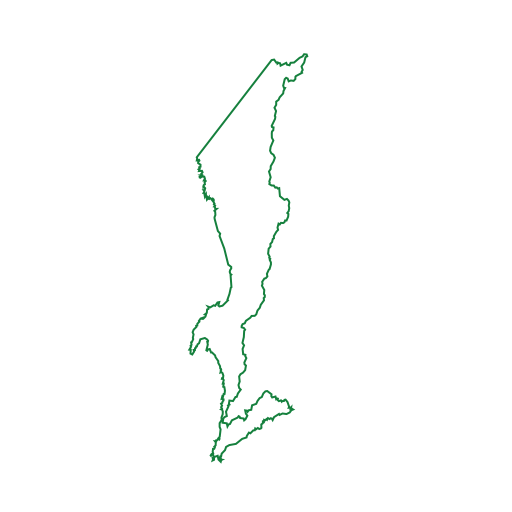 Juradó, Chocó, Colombia, rotated 22°
{"feature_id": "7082276B94755540005328", "entity_name": "Juradó", "entity_type": "district", "adm_level": 2, "iso_a3": "COL", "parent_name": "Colombia", "parent_adm1": "Chocó", "projection": "equal_earth", "projection_center": [-77.627, 7.074], "detail": "fine", "context": "isolated", "style": "outline", "palette": "green", "viewbox_px": 512, "rotation_deg": 22, "n_neighbors": 0, "source": "geoboundaries", "source_scale": "gbopen_adm2", "svg_char_len": 6127}
<svg xmlns="http://www.w3.org/2000/svg" viewBox="0 0 512 512"><g transform="rotate(22 256 256)"><path d="M347.9,384.4L345.5,384.0L345.3,383.2L344.9,384.3L344.6,383.6L343.2,384.4L343.2,383.4L339.9,379.6L337.2,378.1L336.3,378.7L336.2,380.0L334.6,380.7L334.4,381.4L333.2,380.5L331.6,382.0L329.8,381.3L329.7,380.1L328.5,380.2L328.2,381.0L326.7,379.0L324.0,381.1L322.7,380.2L322.2,378.4L317.0,377.0L315.4,378.0L314.3,380.7L314.2,384.6L312.6,386.4L311.7,389.8L311.6,393.0L308.3,395.9L309.2,400.4L307.1,401.7L306.6,403.5L305.8,402.7L303.8,403.2L305.7,406.0L307.8,407.3L307.4,411.3L306.6,412.8L305.4,411.3L302.0,412.2L301.0,411.1L299.9,411.0L299.5,412.7L295.2,417.4L294.8,421.5L293.7,422.4L293.4,424.7L291.6,422.1L287.5,423.1L286.6,419.0L287.1,417.2L288.9,415.3L286.5,411.6L286.8,405.8L286.0,405.1L287.1,403.7L286.2,403.0L285.5,400.0L289.0,399.1L289.8,394.4L290.9,393.8L290.7,390.2L291.9,385.6L289.9,384.7L288.1,382.2L287.9,378.5L285.5,374.0L285.9,371.4L287.6,369.1L288.7,365.9L287.7,361.3L286.0,360.7L285.1,359.1L285.3,354.3L283.6,352.9L283.2,351.6L280.9,351.9L278.4,347.2L278.4,343.3L276.0,341.7L275.1,335.8L273.1,329.9L273.5,328.4L271.7,327.3L269.4,327.5L268.9,326.3L269.1,324.2L270.8,322.6L270.9,319.9L273.8,315.4L274.4,313.2L277.2,312.0L278.1,310.0L277.8,306.0L278.9,302.6L278.7,299.4L280.0,294.1L278.9,292.1L279.5,290.8L278.9,289.1L277.6,288.3L276.4,284.4L272.6,281.3L272.5,279.4L271.4,277.6L272.2,273.8L273.4,272.9L274.2,270.7L272.8,268.4L273.0,263.8L273.5,263.1L273.0,258.2L272.2,256.3L270.1,254.4L270.3,253.3L268.9,252.7L268.9,251.5L266.4,249.4L265.0,244.5L265.9,241.8L264.8,239.5L265.7,237.0L265.2,234.0L266.0,232.9L265.1,230.9L265.8,225.9L266.7,223.5L265.3,221.6L264.8,217.6L266.2,217.9L266.7,215.9L268.8,215.3L269.7,214.1L269.7,212.1L271.0,211.7L271.1,207.6L270.3,204.9L268.9,204.4L269.5,202.3L268.9,199.2L267.5,197.0L266.8,193.8L265.4,192.4L263.3,191.5L261.3,193.3L255.8,191.6L252.1,184.4L250.9,185.3L249.5,184.6L248.3,185.4L246.1,184.0L244.0,184.8L241.4,184.3L241.2,182.8L240.4,181.9L240.1,177.5L236.4,172.8L237.0,169.9L236.0,167.2L236.8,161.9L236.7,157.8L234.3,155.6L231.6,155.0L229.6,153.1L228.7,149.4L228.8,142.4L226.4,140.4L224.6,136.2L224.2,134.5L224.9,133.0L224.1,130.2L222.5,130.4L221.8,129.5L222.3,121.8L221.8,119.7L221.0,119.1L220.3,114.1L217.6,111.6L218.1,108.3L216.9,105.3L218.4,102.8L218.5,100.0L220.3,95.1L219.7,92.7L220.0,89.4L219.0,89.7L217.4,87.9L216.4,81.3L217.2,79.5L218.9,79.6L220.9,81.8L222.6,80.2L225.3,79.5L226.2,77.2L225.4,75.0L225.7,74.1L230.1,68.9L229.3,68.3L229.6,66.0L227.2,63.2L228.2,58.6L227.4,53.1L228.7,51.6L227.5,50.2L225.0,50.9L224.4,53.5L222.2,55.9L218.8,62.4L215.7,63.9L215.6,66.6L213.1,67.0L211.7,65.6L207.5,70.3L206.2,68.3L204.6,68.5L203.9,69.6L203.3,68.5L202.4,69.1L199.2,67.1L197.1,68.5L164.1,186.7L164.9,187.5L165.3,189.5L167.2,188.2L167.8,188.8L167.1,190.3L167.6,191.6L170.3,192.1L171.1,194.0L170.1,195.0L171.0,195.9L170.3,197.1L171.3,197.3L171.3,198.6L174.0,197.3L175.1,198.4L174.5,200.3L175.7,201.1L175.0,201.5L175.4,201.5L175.1,203.1L174.0,203.6L174.4,204.3L175.1,204.3L176.5,201.9L176.8,202.4L178.3,201.8L179.6,203.3L179.4,205.4L180.6,204.8L181.3,205.3L180.7,206.9L181.8,208.7L181.0,209.8L181.1,211.2L181.5,212.0L181.8,211.3L183.5,212.2L183.7,213.9L182.8,214.5L183.9,214.9L183.8,216.8L184.9,216.0L184.4,217.0L186.4,220.1L186.6,217.9L187.4,219.7L188.4,219.1L189.2,219.8L188.7,220.9L189.4,222.1L190.3,219.3L191.1,221.5L191.3,219.7L192.1,219.4L195.5,221.3L195.8,220.1L193.5,218.6L195.4,219.4L195.9,219.9L196.4,221.8L197.9,223.0L197.6,223.8L199.2,224.6L198.8,225.8L199.4,225.7L200.6,227.6L201.8,227.1L200.5,229.7L201.6,230.3L203.0,233.2L203.0,235.6L203.7,237.0L211.3,247.1L214.4,248.7L214.7,251.1L223.8,261.0L233.5,274.4L237.1,275.4L237.7,276.8L237.3,278.8L237.6,280.6L238.9,282.2L240.1,282.5L239.7,283.5L244.9,294.1L244.5,294.8L245.6,301.1L245.9,307.3L246.6,307.6L243.6,314.6L241.0,316.5L239.6,316.0L239.2,312.5L237.7,313.5L236.8,317.5L235.3,317.5L232.8,320.8L230.5,320.9L231.5,321.5L231.7,323.0L230.7,323.9L231.7,327.1L230.6,329.2L231.6,329.0L231.8,331.1L230.6,334.0L230.0,334.3L229.8,333.2L228.1,334.7L227.4,337.6L228.1,338.1L227.0,340.8L227.6,342.4L226.7,343.1L227.3,344.1L225.8,347.6L225.8,350.4L227.5,352.1L228.1,355.6L228.9,356.5L228.8,359.8L228.2,360.4L229.5,362.5L229.0,363.8L229.8,364.5L229.3,367.8L230.6,367.4L231.8,371.0L233.8,371.2L234.4,367.8L233.5,366.5L234.6,366.1L234.0,364.4L234.6,363.8L234.4,362.2L235.1,361.9L234.9,359.8L235.9,358.2L235.6,354.1L239.3,351.2L241.9,351.7L243.3,352.5L243.5,353.6L243.0,353.9L244.5,356.2L245.3,362.0L246.2,362.2L246.6,360.5L247.9,359.6L250.5,362.3L251.3,361.9L255.3,363.5L256.4,365.0L260.4,367.6L261.0,369.2L263.9,371.6L265.0,373.7L265.9,373.9L266.4,374.8L265.8,375.9L266.4,375.4L266.7,377.3L267.4,376.6L268.8,377.1L270.5,379.1L271.1,381.4L270.3,381.9L270.4,382.6L271.2,382.2L272.6,383.2L273.0,386.8L273.9,386.4L274.6,389.5L275.8,389.4L277.7,392.6L278.5,395.7L277.7,396.1L278.0,398.3L277.3,398.4L277.5,400.0L278.1,398.8L278.4,401.3L279.6,401.1L280.0,402.2L279.5,403.4L279.8,404.8L278.9,406.0L280.6,407.5L280.3,409.2L281.6,410.2L281.1,411.2L282.1,411.1L283.5,412.7L284.4,415.2L284.5,418.7L285.6,421.0L284.9,424.6L286.3,428.1L288.1,430.0L290.1,437.3L289.6,438.4L290.7,439.2L290.6,440.0L289.3,439.6L288.9,441.5L288.1,441.9L288.4,442.7L287.3,443.1L288.5,443.8L289.5,446.7L288.8,448.4L289.5,448.7L289.5,450.4L288.4,450.9L289.2,453.8L290.2,455.0L289.0,456.3L288.7,457.9L289.1,458.1L289.7,456.0L290.9,456.5L292.0,458.2L291.4,459.5L292.3,460.1L292.4,461.8L293.4,460.7L292.5,458.1L295.3,455.6L297.5,458.8L300.4,460.0L300.2,458.3L300.8,457.6L299.5,457.9L299.2,456.8L298.4,457.0L297.9,456.2L298.0,455.0L298.7,454.7L298.2,452.1L300.0,447.6L299.8,444.2L302.1,441.3L307.8,437.7L311.7,430.7L315.2,427.8L314.9,426.2L315.6,422.4L317.2,422.5L318.8,418.7L320.2,418.0L319.9,416.2L321.1,416.5L322.1,414.8L323.8,415.2L325.1,414.1L325.4,413.3L324.0,410.2L325.0,408.6L324.4,406.9L325.5,406.9L324.9,404.9L326.1,404.9L326.8,403.3L327.6,403.7L327.8,401.8L329.7,402.1L330.4,400.9L331.5,400.8L332.9,401.9L333.1,398.6L336.5,393.8L337.4,394.5L339.6,392.1L343.5,391.1L345.9,388.4L346.5,385.8L347.9,384.4Z" fill="none" stroke="#15803d" stroke-width="2"/></g></svg>